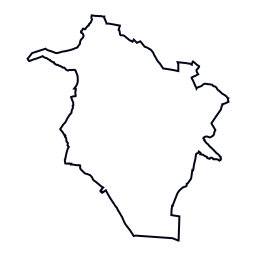 outline of Turda, Cluj, Romania
{"feature_id": "2599482B86341040659785", "entity_name": "Turda", "entity_type": "district", "adm_level": 2, "iso_a3": "ROU", "parent_name": "Romania", "parent_adm1": "Cluj", "projection": "mercator", "projection_center": [23.797, 46.584], "detail": "fine", "context": "isolated", "style": "outline", "palette": "ink", "viewbox_px": 256, "rotation_deg": 0, "n_neighbors": 0, "source": "geoboundaries", "source_scale": "gbopen_adm2", "svg_char_len": 5576}
<svg xmlns="http://www.w3.org/2000/svg" viewBox="0 0 256 256"><path d="M220.8,157.0L219.5,155.9L218.8,155.0L217.7,153.8L216.8,153.4L216.4,153.1L215.2,151.6L214.3,150.9L214.0,150.3L213.7,150.0L213.1,149.6L211.0,147.4L210.6,147.3L208.9,145.5L208.2,144.4L207.0,143.6L205.8,142.3L204.3,140.3L204.6,140.0L203.3,138.3L203.5,137.9L204.5,137.0L206.0,136.5L207.1,136.5L209.6,137.4L210.6,137.2L213.0,135.7L213.6,134.9L214.0,134.2L214.5,131.6L214.9,130.9L215.4,130.1L211.9,124.2L211.5,123.5L211.5,123.2L215.8,116.8L220.5,110.1L221.1,108.9L221.5,106.9L221.6,106.4L222.3,105.3L222.4,105.1L222.2,104.5L222.2,104.3L225.4,103.3L226.7,102.7L227.8,102.0L228.4,101.9L228.1,100.1L227.9,98.8L228.3,98.2L227.7,97.9L227.2,97.5L226.5,96.5L225.2,95.4L222.1,93.6L219.6,91.2L217.7,89.8L217.1,88.9L216.9,88.3L216.6,87.9L215.6,86.8L215.0,86.5L213.3,86.1L213.0,85.8L212.6,85.1L212.2,84.8L209.6,84.3L207.2,84.1L206.2,83.8L205.4,83.8L204.1,83.9L203.0,84.6L202.3,85.4L200.6,86.4L199.3,86.8L197.2,87.7L196.8,88.0L196.5,88.5L196.3,87.7L195.4,86.1L194.3,83.5L193.8,82.4L193.0,80.5L192.0,78.9L191.6,77.8L191.6,77.5L193.7,76.5L195.2,75.9L198.2,74.3L196.8,71.9L196.6,71.3L196.5,70.1L197.5,68.8L198.2,68.2L198.8,67.4L199.0,66.6L199.1,66.2L197.1,65.0L194.6,62.7L193.0,61.5L192.4,62.4L191.8,64.2L191.8,64.7L191.1,64.4L189.7,63.5L187.9,63.5L186.8,63.2L185.4,63.0L181.4,62.6L177.6,62.2L178.3,64.1L178.3,71.1L173.6,70.1L166.5,68.9L163.2,68.5L159.9,63.6L158.0,61.5L156.9,59.9L155.4,57.0L154.4,55.5L153.3,52.9L151.6,50.6L151.3,50.2L150.4,49.5L147.8,48.0L147.2,47.6L144.7,46.7L144.4,46.4L140.6,41.6L140.2,41.3L139.7,41.6L136.8,42.8L133.8,39.6L132.5,41.7L131.2,40.9L129.6,40.3L128.5,39.2L127.4,38.5L125.0,36.4L124.0,35.7L122.3,35.2L121.5,35.3L120.6,35.2L120.0,34.4L120.1,34.1L119.9,33.6L119.8,32.5L119.3,30.3L118.6,29.9L119.9,25.6L109.4,23.7L107.8,23.6L106.5,23.6L106.3,22.5L104.3,18.0L104.2,17.3L104.3,16.5L102.2,16.5L100.8,16.0L99.5,16.2L99.0,16.2L97.5,15.9L96.1,16.0L91.7,15.4L91.4,16.8L91.4,17.7L91.5,18.3L92.0,19.3L91.4,21.0L90.7,22.6L90.0,23.4L89.8,23.3L88.9,24.3L88.7,24.8L88.9,25.0L88.7,25.5L88.0,25.8L87.5,26.2L86.9,27.0L86.4,27.4L85.8,28.1L85.3,29.1L85.2,29.6L85.3,30.1L85.0,29.4L83.4,28.6L83.1,28.6L82.9,28.8L82.0,30.7L81.7,30.9L81.4,30.9L80.9,31.9L80.9,32.1L81.3,32.8L82.1,33.1L82.8,33.7L83.0,34.4L83.5,35.3L83.5,35.5L83.5,36.3L83.2,37.0L82.5,38.1L80.8,39.9L80.5,40.6L80.4,41.2L80.1,41.9L80.0,43.0L79.9,43.8L79.5,44.4L77.9,46.5L77.6,47.3L76.9,47.7L76.0,47.9L73.9,48.8L70.8,49.9L66.3,51.0L62.6,51.6L60.9,52.0L58.9,52.7L56.5,53.1L54.9,52.7L51.6,51.4L47.7,50.2L47.0,49.8L45.6,48.7L32.1,53.1L31.7,53.4L30.9,54.7L27.6,58.8L28.6,60.5L29.1,61.0L29.3,61.1L33.8,59.3L35.8,58.8L38.5,57.8L40.6,57.1L42.1,56.3L42.6,56.2L43.3,56.6L43.5,57.0L45.8,58.0L46.6,58.1L48.1,59.2L49.9,60.0L50.1,60.1L50.1,60.4L50.6,60.9L52.1,61.7L52.8,61.9L53.2,62.4L54.1,62.4L54.2,62.7L54.4,63.5L55.1,63.9L55.2,64.1L55.6,64.4L56.8,64.9L57.4,64.8L58.2,65.1L59.3,65.8L60.7,66.2L61.4,66.7L62.0,66.9L62.5,67.3L63.1,67.7L64.2,67.6L64.8,68.1L65.5,69.0L66.2,69.7L67.7,70.5L68.3,70.5L69.2,70.0L70.6,70.0L71.4,70.1L73.3,69.8L73.8,69.8L74.5,70.1L74.8,70.1L75.1,70.0L75.3,70.1L76.6,73.4L77.1,74.5L77.4,75.6L77.7,77.2L77.8,81.0L77.5,83.0L76.9,84.6L76.5,85.3L75.9,86.3L74.2,88.6L74.8,88.6L75.0,88.5L75.2,88.4L75.7,88.5L75.8,88.6L75.7,90.8L75.4,91.0L75.3,93.5L75.7,95.6L75.7,95.9L75.6,96.1L74.9,96.3L73.5,96.3L71.1,97.0L71.5,98.3L73.2,102.7L73.3,104.7L73.3,105.3L72.7,105.6L72.9,107.9L71.8,110.3L71.4,112.9L69.3,115.2L68.9,115.9L66.7,119.5L66.3,120.6L65.3,122.4L63.3,124.5L60.2,129.1L60.6,129.6L60.6,129.8L62.3,131.7L64.0,134.3L64.3,135.0L65.0,135.0L65.4,135.7L65.1,135.9L64.9,136.8L65.5,137.2L66.0,137.9L66.2,138.9L66.4,140.1L66.5,141.5L67.0,141.9L67.2,142.4L67.8,142.9L67.8,143.3L67.8,143.7L67.5,145.4L68.0,146.0L68.8,146.9L68.3,147.7L67.5,149.5L66.6,152.6L65.9,155.9L65.4,158.1L65.4,158.9L64.9,159.3L64.8,160.0L65.0,161.9L65.2,162.9L65.3,163.4L65.8,163.3L66.3,163.6L67.9,163.6L68.3,163.7L69.0,163.4L69.3,163.6L69.8,163.6L70.2,163.8L71.1,163.7L70.9,164.5L73.0,164.6L76.7,165.2L77.7,165.3L78.5,165.1L80.1,165.4L80.2,165.5L80.2,165.9L80.1,166.6L80.2,167.6L80.2,168.2L80.6,169.2L85.0,173.5L87.2,174.0L90.2,175.2L91.8,177.0L92.4,178.0L92.9,179.4L94.1,180.7L95.2,181.3L101.4,186.5L103.2,187.5L100.7,190.3L101.6,191.1L100.8,191.7L102.2,192.8L105.8,190.3L106.4,191.3L106.6,191.9L110.0,197.8L112.3,201.4L113.9,203.7L115.4,206.2L116.8,207.6L117.6,209.5L118.3,210.6L118.2,210.7L118.7,211.5L118.8,211.5L122.1,217.1L124.1,221.7L125.2,223.9L126.5,225.7L130.2,230.5L133.7,236.0L135.8,235.6L139.7,235.9L172.5,238.2L176.0,239.6L178.3,240.6L178.6,240.5L179.4,216.4L171.3,215.1L171.6,209.7L172.1,205.8L172.7,205.9L172.9,205.2L173.1,204.4L175.4,198.5L175.9,197.3L176.2,196.4L177.0,194.4L177.7,192.9L178.9,191.1L179.4,190.5L180.4,189.5L183.1,187.3L183.8,187.0L185.7,186.5L186.5,186.0L186.7,185.6L186.7,185.3L186.6,184.8L186.7,183.9L187.8,183.3L191.1,178.6L192.4,169.9L193.2,170.1L193.9,165.4L194.4,162.9L195.3,159.3L196.0,154.4L196.2,153.9L196.8,153.4L197.8,153.2L198.1,153.0L198.4,152.6L198.8,151.5L199.5,152.0L199.9,152.5L200.2,152.6L200.7,153.1L200.7,153.3L200.4,153.5L200.6,153.9L200.4,154.3L201.8,154.5L202.2,154.7L202.9,154.6L204.7,156.0L205.5,156.2L206.0,156.5L206.8,156.8L206.9,157.1L206.9,157.6L207.6,158.2L208.0,158.2L209.5,158.8L209.9,158.2L210.2,158.0L210.4,157.9L210.6,158.1L211.1,157.8L211.8,157.7L212.6,158.2L212.9,158.8L213.4,158.8L213.9,159.3L214.3,159.1L214.9,159.3L216.2,159.2L216.9,159.3L218.4,159.8L219.3,160.6L219.6,160.4L220.0,160.3L220.7,159.8L220.8,159.2L221.0,158.9L220.4,157.9L220.7,157.6L220.8,157.0Z" fill="none" stroke="#020617" stroke-width="2"/></svg>